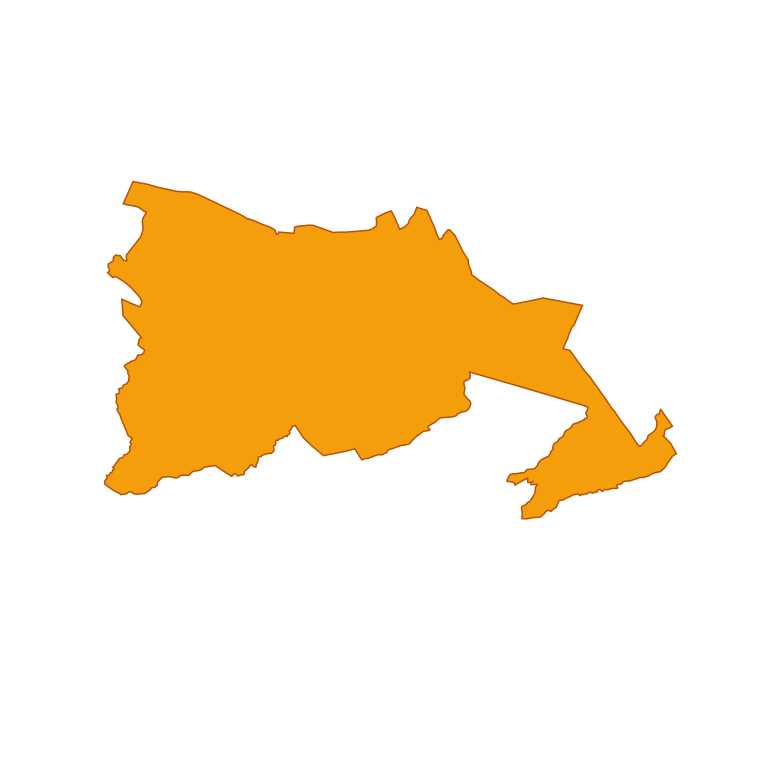 the district of Lari, Central, Kenya, rotated 106°
{"feature_id": "3690345B40431411925250", "entity_name": "Lari", "entity_type": "district", "adm_level": 2, "iso_a3": "KEN", "parent_name": "Kenya", "parent_adm1": "Central", "projection": "equal_earth", "projection_center": [36.685, -0.915], "detail": "fine", "context": "isolated", "style": "filled", "palette": "amber", "viewbox_px": 768, "rotation_deg": 106, "n_neighbors": 0, "source": "geoboundaries", "source_scale": "gbopen_adm2", "svg_char_len": 6160}
<svg xmlns="http://www.w3.org/2000/svg" viewBox="0 0 768 768"><g transform="rotate(106 384 384)"><path d="M441.3,174.4L439.0,172.4L436.3,168.0L437.1,164.4L435.8,163.9L435.2,161.3L434.1,160.2L433.7,158.5L432.0,157.4L431.1,155.2L431.6,153.5L430.1,151.9L429.6,150.0L428.5,149.3L427.2,149.4L426.3,148.7L425.9,147.1L426.8,145.7L426.9,144.0L425.5,143.6L424.5,142.6L424.2,140.3L423.7,139.0L422.4,137.7L420.8,133.9L420.3,131.8L419.6,130.6L417.2,132.2L416.1,131.6L415.2,128.9L413.7,127.8L411.9,127.1L411.1,126.0L409.8,122.0L408.5,119.6L404.3,113.5L403.1,112.2L403.0,110.7L402.3,108.7L399.1,104.0L395.9,101.1L393.2,96.6L392.7,95.1L391.6,93.8L385.9,90.5L381.2,89.4L373.7,86.7L370.5,83.7L362.5,91.6L359.8,95.7L356.9,101.5L355.9,100.6L350.9,101.3L349.7,100.2L346.9,96.7L345.0,95.1L332.2,110.9L333.5,111.4L336.0,111.0L337.0,111.6L338.3,113.2L340.3,114.3L341.8,114.0L343.9,112.1L346.8,110.7L351.3,110.2L353.7,110.7L356.8,112.6L360.5,115.8L363.4,115.8L365.3,116.2L369.1,118.6L370.4,118.7L371.7,119.3L373.4,121.1L372.0,124.0L363.1,134.0L355.8,144.0L346.6,155.1L344.3,158.6L338.4,165.6L320.5,187.9L315.6,195.5L300.4,214.6L300.8,221.4L297.0,221.2L289.4,220.0L286.6,220.1L281.7,219.5L277.5,218.9L275.2,217.6L253.7,214.9L257.5,254.9L261.1,261.3L269.8,278.1L271.4,281.6L271.1,283.4L267.1,294.6L266.9,296.3L263.2,305.2L258.5,320.1L254.7,330.0L252.2,330.8L246.0,335.7L241.6,337.1L235.4,344.2L221.3,357.1L217.7,363.5L218.3,365.1L224.3,367.8L228.4,368.6L229.7,370.8L226.6,373.7L219.2,378.9L205.4,390.6L205.1,401.2L212.3,401.7L218.8,404.8L223.0,404.8L227.4,407.6L231.0,411.6L221.1,419.5L215.6,424.7L219.6,430.3L226.1,437.3L231.4,435.5L234.2,434.9L238.3,438.3L240.6,441.5L248.3,461.8L250.8,470.2L252.4,474.6L251.0,495.6L251.7,499.0L255.7,509.4L257.8,513.2L261.1,512.5L264.0,512.2L267.0,527.2L268.8,527.0L269.5,528.6L267.7,530.2L266.4,530.9L265.7,532.2L264.8,535.8L264.0,545.5L262.7,555.3L262.6,562.5L261.9,564.0L260.6,569.3L253.2,613.7L252.7,622.1L253.0,624.2L254.9,631.0L256.1,637.4L257.2,656.3L257.2,666.7L258.6,681.1L282.7,684.3L282.6,680.9L281.6,671.5L281.7,669.2L282.8,665.3L284.2,662.2L284.1,660.1L286.4,660.1L290.4,661.3L292.1,661.4L294.1,661.2L300.0,658.8L302.1,658.2L309.6,658.4L330.6,667.0L332.4,667.1L335.2,665.6L336.7,665.4L336.7,668.6L333.4,673.0L334.1,677.6L336.6,678.8L338.3,678.8L339.9,678.0L344.7,682.1L347.2,681.6L349.8,679.3L351.3,679.3L353.3,680.2L356.4,674.0L355.0,672.8L354.9,670.2L357.1,662.9L360.4,654.6L367.7,642.9L370.5,640.3L372.1,639.2L377.3,639.9L374.8,659.4L390.2,653.7L406.3,630.0L407.7,631.3L409.4,631.8L410.5,631.4L412.5,631.5L414.2,631.1L416.0,627.5L416.8,624.5L417.7,623.2L418.8,623.7L420.1,623.5L422.5,625.0L423.5,626.6L423.9,628.5L429.1,629.5L431.3,632.2L432.2,633.8L433.5,634.2L434.3,635.6L436.6,637.6L438.5,638.5L439.6,637.3L441.9,633.9L444.0,633.3L447.6,630.6L449.0,631.0L451.8,630.0L453.1,631.1L454.4,631.2L457.2,634.4L458.6,634.2L460.1,634.7L461.1,637.0L462.4,637.7L463.4,636.7L465.7,635.7L467.9,638.7L472.3,636.8L474.7,636.7L476.2,636.0L477.2,634.5L480.3,632.8L481.6,633.8L483.2,632.9L486.2,629.5L490.1,626.8L504.1,615.7L505.2,612.3L506.2,611.0L508.0,611.8L510.2,612.1L511.3,610.6L512.7,610.4L514.1,611.2L515.3,610.6L518.8,609.9L521.8,611.5L522.8,612.4L523.7,614.4L526.0,614.6L527.4,615.5L528.2,617.3L529.0,618.3L530.6,618.3L534.5,620.1L536.5,620.5L539.0,621.8L539.6,620.5L540.6,619.8L541.5,621.2L542.6,620.8L544.0,621.4L544.9,622.6L547.8,623.1L548.2,625.5L551.1,624.4L552.7,625.2L554.6,625.7L556.2,625.2L557.3,624.6L558.4,621.9L560.9,614.6L561.8,610.2L562.0,608.1L562.9,606.7L560.7,601.5L557.9,599.3L557.5,597.5L558.5,594.1L557.7,590.2L555.7,585.0L554.9,583.5L550.6,579.9L549.6,579.3L548.0,579.0L546.3,575.7L543.8,574.0L541.1,574.6L539.8,574.4L538.7,573.5L535.6,572.0L534.4,570.7L532.3,565.1L531.9,562.7L531.7,558.2L530.9,556.6L527.8,554.0L526.4,550.0L525.9,547.3L524.5,545.6L522.7,545.1L521.2,543.9L519.9,542.3L518.9,539.4L516.7,536.0L513.7,534.0L508.9,524.0L514.8,504.9L511.8,503.3L511.5,501.2L512.7,499.4L511.9,497.7L510.5,496.2L510.0,494.1L508.8,493.6L506.0,494.1L505.0,492.9L500.7,490.6L499.0,490.4L498.3,488.5L499.3,486.6L499.3,484.4L498.0,484.1L496.7,484.6L493.6,483.9L491.9,484.1L490.7,483.8L489.3,484.8L488.0,483.6L487.7,482.1L486.4,481.7L485.2,480.3L484.4,478.7L482.4,476.0L482.3,474.2L481.6,473.0L480.4,472.3L479.0,471.5L477.4,471.6L474.3,473.2L473.1,471.8L470.4,471.6L469.0,472.5L467.7,472.1L467.5,470.4L466.0,470.0L464.5,467.2L461.5,464.7L461.2,462.6L459.9,462.7L458.4,461.2L456.7,461.1L455.3,462.1L453.7,460.9L450.4,460.5L448.3,458.0L457.8,446.8L463.7,435.6L469.5,422.4L459.4,402.6L454.3,394.2L462.2,385.5L463.0,384.1L460.7,381.4L460.2,379.4L459.2,377.8L454.5,371.7L453.4,369.7L452.6,366.3L449.0,362.4L446.6,362.1L445.0,360.2L444.2,358.6L438.3,350.6L437.2,347.5L434.6,343.2L426.8,339.4L419.7,333.9L418.4,332.6L416.1,327.5L414.8,327.5L414.0,329.6L412.5,330.0L406.6,324.3L405.1,323.6L401.8,321.2L400.8,320.1L396.9,309.4L395.6,307.3L394.6,305.9L392.2,304.8L389.5,301.4L388.3,298.9L386.8,297.1L384.9,295.8L381.5,295.1L378.8,295.2L376.6,296.7L375.3,299.4L371.8,304.5L366.4,304.9L360.3,307.9L358.5,306.6L356.4,303.9L354.9,303.1L352.0,303.4L348.9,305.1L349.0,250.1L349.6,185.8L350.2,181.5L352.9,181.3L356.1,182.1L357.4,181.2L358.8,179.7L360.5,179.3L361.8,181.2L362.9,181.7L365.9,184.7L368.8,188.4L369.8,190.3L370.9,191.4L372.5,191.6L375.8,193.2L378.1,195.7L379.2,196.5L380.3,197.0L384.1,197.3L386.8,198.8L388.1,200.5L392.0,201.4L393.3,203.2L394.6,204.1L396.2,204.4L398.5,204.3L400.1,203.5L403.3,205.1L405.8,205.0L408.4,206.1L411.1,209.6L414.2,212.4L415.7,213.3L420.1,214.1L423.3,215.5L424.5,217.1L426.5,222.3L427.6,223.5L429.2,223.9L430.7,225.1L431.5,227.6L433.1,230.6L435.0,235.8L436.4,237.9L441.8,239.2L443.7,238.9L442.8,233.9L443.1,231.3L445.1,230.2L438.0,223.5L435.0,219.9L439.0,218.6L438.7,216.8L437.1,214.7L438.8,215.2L440.2,215.1L438.3,209.1L442.1,209.9L445.9,209.0L447.4,209.0L456.1,211.1L458.6,213.6L460.7,214.3L463.9,217.7L465.8,217.5L469.6,215.6L475.4,214.3L474.1,209.2L471.7,204.7L469.2,197.7L468.0,196.4L466.4,195.7L464.5,194.1L462.9,193.7L460.6,192.3L460.1,190.3L460.5,188.4L458.7,187.6L455.7,184.9L454.7,184.4L447.9,183.6L445.7,179.4L442.6,176.4L441.3,174.4Z" fill="#f59e0b" stroke="#b45309" stroke-width="1.5"/></g></svg>